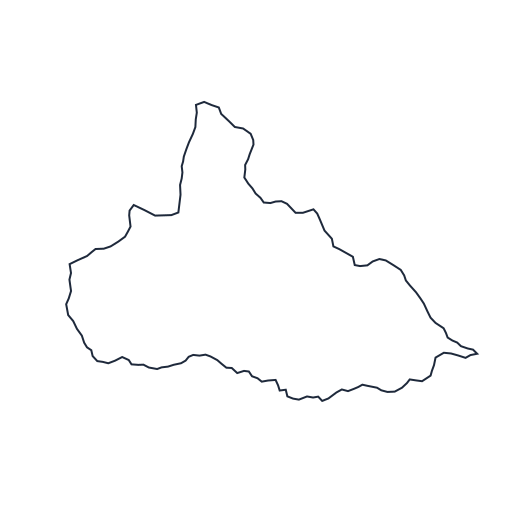 outline of Pedranópolis, São Paulo, Brazil, rotated 78°
{"feature_id": "56859067B55609177592280", "entity_name": "Pedranópolis", "entity_type": "district", "adm_level": 2, "iso_a3": "BRA", "parent_name": "Brazil", "parent_adm1": "São Paulo", "projection": "mercator", "projection_center": [-50.105, -20.203], "detail": "fine", "context": "isolated", "style": "outline", "palette": "slate", "viewbox_px": 512, "rotation_deg": 78, "n_neighbors": 0, "source": "geoboundaries", "source_scale": "gbopen_adm2", "svg_char_len": 2268}
<svg xmlns="http://www.w3.org/2000/svg" viewBox="0 0 512 512"><g transform="rotate(78 256 256)"><path d="M397.6,60.0L392.7,63.2L390.5,68.1L386.8,74.3L382.5,77.2L379.5,81.5L375.6,85.5L370.8,86.2L365.7,87.5L358.8,94.3L352.6,98.1L345.5,99.9L337.5,101.7L331.9,103.9L324.8,107.0L316.8,111.6L311.1,114.5L305.8,115.1L299.7,117.3L293.7,123.3L287.3,130.0L284.6,136.0L285.6,143.0L288.3,149.0L287.5,156.3L285.4,161.3L276.9,161.4L266.6,173.1L262.7,178.3L254.9,178.2L245.4,183.7L232.8,186.1L227.2,187.3L222.3,190.1L223.5,201.2L222.0,208.3L211.4,214.8L207.7,219.7L206.8,225.5L207.2,230.9L205.3,237.3L200.1,239.5L194.8,243.4L189.2,245.4L183.6,248.5L176.8,251.1L169.2,248.5L164.7,247.7L159.7,243.6L155.1,241.0L146.5,235.3L142.0,234.6L135.4,235.8L128.6,242.1L125.4,249.9L118.4,254.5L109.8,260.5L103.0,261.5L99.1,268.1L94.5,274.7L95.7,283.3L103.5,284.1L109.8,286.5L117.3,288.5L123.5,292.4L130.8,297.9L136.7,301.7L143.7,305.9L148.5,307.7L152.7,310.0L159.0,310.6L164.8,312.6L170.7,315.5L180.4,317.1L197.3,322.9L198.4,330.3L196.5,340.8L195.5,346.3L187.8,355.7L180.7,365.0L185.3,370.2L189.9,371.6L201.1,372.6L205.7,376.4L209.9,380.1L213.3,387.7L216.4,396.3L217.2,403.4L215.8,411.5L218.0,415.9L220.9,421.3L223.0,431.2L225.2,440.0L234.2,440.5L240.3,443.4L247.2,443.9L251.8,444.2L258.6,448.0L263.7,451.7L274.7,452.0L281.7,448.3L290.0,446.3L297.7,442.9L305.1,442.1L310.2,440.3L313.9,436.7L319.9,436.6L325.8,433.1L327.7,427.9L330.2,422.8L329.1,415.7L327.0,407.9L331.3,402.1L336.1,400.3L338.0,393.8L338.9,388.7L342.8,384.0L346.0,376.2L345.3,371.5L345.9,365.1L345.3,359.1L345.3,351.6L343.7,346.6L340.6,342.8L339.7,338.0L341.7,332.0L342.0,325.9L344.8,321.4L349.8,315.5L354.3,312.1L359.1,308.2L360.5,303.0L366.6,298.7L365.9,291.6L367.5,287.0L372.8,284.9L375.9,279.9L380.1,276.5L380.3,270.1L381.3,262.6L387.1,261.3L392.5,260.8L393.0,254.7L399.8,254.5L403.2,249.4L405.4,243.9L404.0,235.3L406.3,229.6L406.5,224.4L411.5,221.4L410.4,214.8L406.2,205.7L404.4,199.8L407.3,194.1L406.3,187.8L405.4,183.2L404.0,178.7L406.1,174.1L410.0,165.0L413.4,161.4L416.3,155.7L417.5,148.5L415.2,140.6L411.7,134.8L408.7,131.3L411.0,125.2L413.0,119.6L409.3,110.1L404.9,107.8L399.8,104.6L392.7,101.5L389.7,92.4L391.9,85.5L395.3,79.0L399.2,72.2L397.5,66.8L397.6,60.0Z" fill="none" stroke="#1e293b" stroke-width="2"/></g></svg>